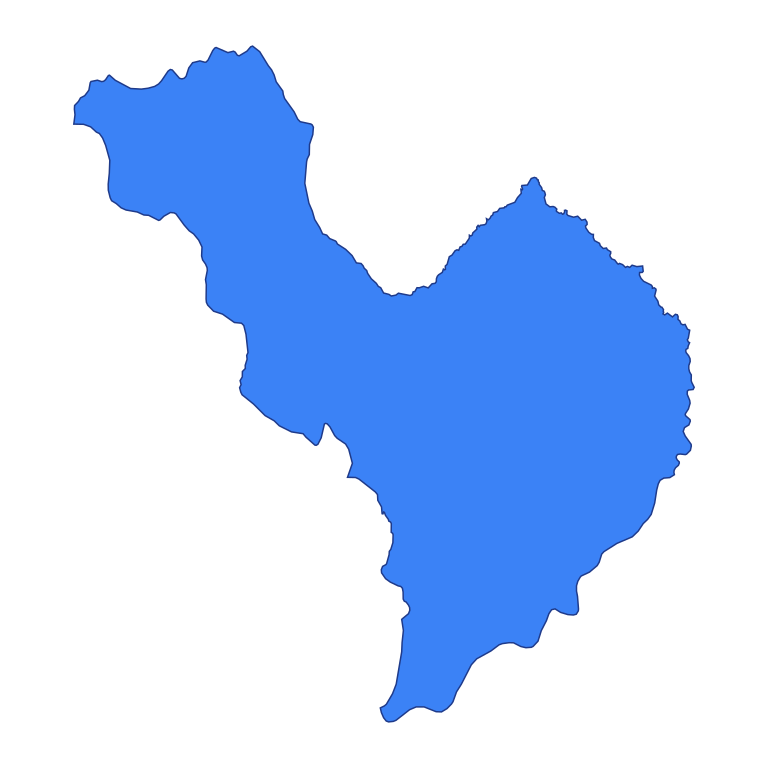 the district of Doi Lo, Chiang Mai, Thailand
{"feature_id": "78962969B26500920183466", "entity_name": "Doi Lo", "entity_type": "district", "adm_level": 2, "iso_a3": "THA", "parent_name": "Thailand", "parent_adm1": "Chiang Mai", "projection": "equal_earth", "projection_center": [98.774, 18.527], "detail": "fine", "context": "isolated", "style": "filled", "palette": "blue", "viewbox_px": 768, "rotation_deg": 0, "n_neighbors": 0, "source": "geoboundaries", "source_scale": "gbopen_adm2", "svg_char_len": 6053}
<svg xmlns="http://www.w3.org/2000/svg" viewBox="0 0 768 768"><path d="M380.3,707.9L381.4,712.6L383.6,717.7L386.2,721.0L388.6,721.9L393.3,721.4L396.0,720.3L409.6,709.7L416.2,706.9L424.1,706.9L436.1,711.7L441.5,711.9L447.0,708.6L451.5,704.0L453.0,701.7L456.5,691.9L461.4,684.1L471.3,664.8L476.7,658.8L491.0,650.9L499.1,644.8L502.4,643.6L509.1,642.7L513.5,642.8L520.8,646.5L525.9,647.7L531.3,647.3L533.1,646.4L538.0,641.2L541.3,630.6L546.4,620.7L548.9,613.7L551.6,609.7L555.1,608.9L560.6,612.4L567.9,614.6L573.4,615.0L576.3,614.2L578.3,610.9L578.5,609.0L577.5,596.3L576.5,591.1L576.5,585.8L577.8,581.3L580.1,577.3L581.2,576.0L589.5,572.1L597.2,565.6L599.2,562.2L601.7,554.1L604.0,551.6L616.9,543.4L632.3,536.8L638.2,531.1L643.2,523.6L647.6,519.4L651.2,514.4L654.7,503.0L656.7,490.0L658.3,483.8L660.1,480.3L663.8,478.1L669.8,477.6L674.4,474.7L673.9,472.4L674.2,470.1L675.6,467.7L678.4,465.3L679.3,463.1L679.2,461.9L677.2,459.9L676.2,457.8L676.4,456.1L677.5,454.5L680.1,454.0L685.3,454.6L686.6,454.1L690.4,450.3L691.3,446.1L691.1,444.3L685.2,436.0L683.2,431.5L684.5,427.6L688.9,424.9L690.3,421.1L690.0,419.6L685.9,416.0L685.2,414.8L685.5,413.5L688.4,409.0L690.1,403.2L689.7,400.4L687.2,394.3L687.3,391.2L688.5,390.0L693.1,389.5L694.2,387.3L691.7,382.3L691.2,380.6L691.3,374.9L689.6,372.0L688.8,368.8L688.8,365.6L690.2,361.5L690.0,358.6L688.6,355.7L686.2,352.7L685.7,350.9L686.1,349.3L687.8,348.4L688.2,345.9L689.6,342.7L688.3,341.9L687.3,339.8L688.3,338.1L689.7,330.2L687.5,329.2L685.1,324.4L682.9,324.8L681.0,323.8L679.8,320.9L678.0,319.4L678.1,316.5L677.3,314.8L675.4,314.3L672.5,316.9L667.4,313.1L664.7,314.9L663.0,313.9L663.7,312.2L663.2,311.3L663.5,309.6L661.9,307.2L661.0,307.1L658.7,304.8L657.9,301.2L654.6,296.1L656.1,290.0L655.8,288.9L654.2,287.8L652.4,288.3L652.3,286.4L651.2,285.0L643.6,281.3L641.0,278.4L639.4,275.0L639.6,272.5L642.3,272.4L643.2,271.3L642.6,266.0L636.8,266.6L632.1,265.2L629.7,267.4L627.4,266.4L625.5,267.4L622.6,264.6L619.5,263.4L618.5,264.1L617.6,263.8L614.7,260.0L611.9,259.0L610.4,257.0L609.8,255.2L610.7,253.5L610.7,251.7L607.4,249.7L606.5,248.0L603.2,248.5L600.3,245.7L599.5,243.3L594.5,240.6L593.3,237.5L593.4,234.4L591.6,234.3L588.8,232.3L585.9,228.0L585.5,226.0L587.1,224.5L587.0,222.1L585.2,219.3L581.6,220.2L577.7,216.2L573.6,217.2L568.0,215.5L566.8,214.2L567.0,210.8L565.6,210.1L564.5,210.4L564.6,211.8L563.7,213.8L562.5,214.2L561.3,212.9L559.4,213.3L556.6,211.5L556.3,210.8L556.8,209.1L554.9,207.2L553.1,206.5L549.8,206.8L546.0,203.9L544.3,197.5L545.4,194.8L544.8,192.4L544.2,191.2L542.3,190.4L541.6,187.6L539.2,184.3L539.2,182.7L538.4,181.7L538.2,179.9L537.3,179.7L536.5,178.1L534.4,177.4L531.2,178.5L527.4,185.0L521.9,185.5L521.6,186.4L522.6,189.1L522.2,189.8L520.9,189.3L521.3,193.3L517.5,197.6L514.8,202.3L507.3,205.1L506.0,206.8L504.8,206.8L504.2,207.8L499.7,208.4L497.5,211.5L493.4,212.6L492.7,215.0L491.1,216.1L490.0,218.3L488.3,219.8L486.5,218.7L486.9,221.2L486.0,223.8L484.6,224.7L480.3,225.3L479.2,226.7L478.1,225.4L476.7,227.2L476.9,229.1L472.8,232.9L472.2,235.1L470.8,236.0L469.4,235.2L469.3,238.2L465.3,244.1L463.2,244.3L461.9,246.4L460.1,246.9L458.7,250.3L457.0,249.8L455.1,250.7L452.0,255.1L449.3,256.7L447.1,264.4L445.3,266.0L445.4,269.4L444.5,269.8L443.4,269.1L442.3,272.4L438.6,274.8L437.3,276.3L436.4,278.8L436.3,281.7L435.1,283.3L432.0,283.8L428.2,287.9L423.6,286.3L419.3,287.8L417.0,287.7L414.8,291.6L413.2,291.8L412.2,294.6L410.1,295.5L398.4,293.2L395.9,295.1L391.3,296.0L389.0,294.4L383.6,293.0L380.7,287.7L378.3,286.4L376.3,283.3L371.3,278.8L367.6,273.3L366.7,270.5L364.2,268.2L363.1,265.8L361.1,263.5L356.4,262.9L352.1,255.6L345.6,249.3L337.4,244.0L336.2,241.6L335.3,240.9L329.7,238.6L326.7,235.1L322.6,233.9L319.7,227.6L314.7,219.5L312.3,211.1L308.9,203.2L304.8,183.3L306.6,161.7L307.2,159.0L309.3,154.6L309.5,144.4L312.8,134.6L313.4,127.2L312.2,124.9L310.9,124.0L300.2,121.7L297.8,119.3L294.1,111.8L284.6,98.5L283.3,94.5L282.8,91.0L276.2,81.8L274.1,74.9L271.6,69.9L268.3,65.7L259.7,51.7L252.6,46.1L250.7,46.8L246.9,51.2L239.2,55.8L237.4,55.3L235.2,52.1L233.5,51.2L227.9,52.6L216.1,47.5L214.7,48.1L212.8,50.5L208.1,60.0L206.2,62.0L205.0,62.3L199.9,60.9L192.6,62.7L188.8,67.9L186.1,76.3L184.3,78.2L181.9,78.9L179.5,78.3L172.3,70.0L170.3,69.5L168.0,71.2L161.5,80.8L158.6,84.0L154.7,86.4L148.2,88.2L141.4,89.1L130.6,88.5L115.3,80.3L109.5,75.2L108.4,75.5L105.5,79.8L103.6,81.3L101.6,81.6L97.4,80.2L91.0,81.5L90.2,82.8L88.9,90.1L87.7,91.8L84.7,95.7L80.5,97.9L78.5,101.4L74.6,105.5L74.4,109.2L75.0,114.8L73.8,124.1L83.6,124.3L90.6,126.8L96.4,132.1L99.4,133.5L102.6,138.0L105.7,145.5L109.8,160.3L109.3,173.3L108.2,184.1L108.3,190.2L110.2,197.8L111.6,200.7L116.3,203.6L121.1,207.8L126.0,210.0L137.3,212.0L143.9,215.0L148.6,215.3L158.7,220.4L160.1,219.9L163.9,216.2L170.4,212.5L174.2,212.9L176.1,214.0L184.2,225.1L189.2,230.8L193.6,233.9L198.7,240.1L202.0,247.0L201.6,256.0L202.6,259.9L205.5,264.0L207.1,267.7L207.3,270.5L205.5,279.6L206.3,284.7L206.1,299.0L206.4,302.3L207.7,305.1L213.6,311.2L222.5,314.1L234.4,322.5L241.5,323.2L243.8,325.5L246.0,334.3L248.0,352.6L246.7,355.4L247.1,359.2L245.2,365.3L245.3,368.5L242.4,371.5L242.3,376.9L240.1,380.6L241.1,384.6L239.6,387.7L240.8,392.2L242.1,394.8L253.5,404.0L265.1,415.6L274.2,420.8L279.3,425.8L291.5,431.9L303.1,433.7L305.9,437.1L314.9,445.1L316.2,445.3L317.9,444.3L321.2,437.8L324.4,424.0L325.4,423.4L327.2,423.8L329.9,426.8L334.7,435.6L337.3,438.4L345.6,444.0L348.7,449.2L352.4,463.3L347.5,477.3L355.6,477.5L359.0,479.1L375.4,492.0L377.5,494.6L377.8,500.3L381.5,506.9L382.1,513.7L382.9,513.9L383.7,512.0L384.4,512.4L385.5,515.4L388.3,519.3L388.8,521.1L390.5,522.0L391.3,523.5L391.2,532.3L392.6,533.3L393.1,534.7L392.9,542.6L390.8,549.4L389.3,551.3L389.1,554.7L386.7,563.3L386.1,564.5L382.6,566.4L381.3,569.7L381.6,572.9L385.6,578.7L390.3,582.1L398.2,585.9L400.7,586.4L402.4,588.2L403.1,592.0L403.2,599.1L404.3,601.2L406.1,602.0L408.4,605.0L409.6,607.5L409.8,610.3L408.5,613.7L401.7,619.3L403.4,630.5L402.1,642.5L401.7,651.8L396.2,684.2L392.5,693.8L386.4,704.2L384.4,705.9L380.3,707.9Z" fill="#3b82f6" stroke="#1e3a8a" stroke-width="1.5"/></svg>